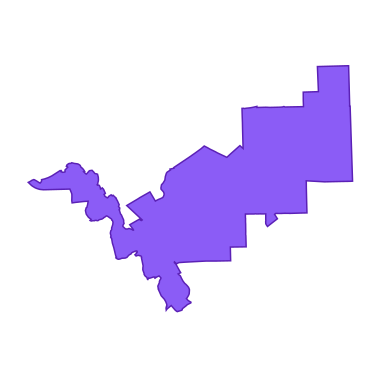 Fundeni, Calarasi, Romania, rotated 357°
{"feature_id": "2599482B18444720984708", "entity_name": "Fundeni", "entity_type": "district", "adm_level": 2, "iso_a3": "ROU", "parent_name": "Romania", "parent_adm1": "Calarasi", "projection": "orthographic", "projection_center": [26.34, 44.401], "detail": "fine", "context": "isolated", "style": "filled", "palette": "violet", "viewbox_px": 384, "rotation_deg": 357, "n_neighbors": 0, "source": "geoboundaries", "source_scale": "gbopen_adm2", "svg_char_len": 5929}
<svg xmlns="http://www.w3.org/2000/svg" viewBox="0 0 384 384"><g transform="rotate(357 192 192)"><path d="M352.9,189.6L354.4,114.6L353.9,114.6L353.9,114.0L354.0,114.0L355.0,74.1L323.8,73.3L323.5,98.4L308.3,98.1L307.9,106.5L307.8,112.6L289.3,112.0L288.4,111.5L287.8,111.5L287.1,111.8L284.7,111.9L274.2,111.6L270.2,111.2L261.3,111.0L261.3,109.9L258.6,110.4L256.6,110.7L254.0,111.0L250.1,111.2L249.6,111.3L249.0,111.4L247.8,111.1L246.3,111.1L246.1,119.5L246.0,125.3L245.8,131.1L245.5,143.1L245.3,151.2L243.4,149.4L242.3,148.2L241.1,149.1L232.7,155.8L228.6,159.2L219.3,154.2L217.6,153.1L212.0,150.0L210.2,148.8L206.6,146.7L203.4,149.2L197.4,153.1L190.7,157.3L175.1,166.6L175.2,167.3L171.2,168.0L171.6,168.9L168.3,170.8L167.4,171.9L166.2,175.1L165.5,178.7L164.9,179.6L163.6,181.5L161.9,183.2L161.2,186.2L161.2,187.0L161.2,187.5L163.5,190.4L164.0,191.9L164.0,193.2L163.4,194.7L162.5,196.0L160.1,197.0L158.0,197.7L154.9,199.1L150.0,189.7L139.4,195.0L137.9,195.9L126.1,202.1L140.8,217.3L140.2,217.8L139.7,217.8L139.2,217.5L138.0,216.4L128.1,221.4L131.2,226.1L131.6,226.9L131.3,227.1L131.2,227.1L129.9,226.2L127.5,225.2L127.1,225.1L125.6,225.6L123.7,225.4L122.7,224.4L121.2,222.8L121.2,222.5L121.2,222.2L121.5,221.4L121.9,220.7L122.5,219.9L122.4,219.2L122.2,218.5L122.3,216.8L122.1,215.8L121.6,214.7L120.3,211.2L120.0,210.8L119.5,210.2L118.9,207.9L118.5,206.0L118.3,205.9L118.6,205.3L118.8,205.4L119.0,204.4L119.0,204.1L117.9,202.7L118.6,200.8L117.8,198.9L117.2,197.2L116.4,195.6L115.6,194.1L115.8,194.0L113.0,191.1L112.1,191.7L111.1,190.6L108.4,192.1L108.2,192.6L107.6,193.3L107.3,193.4L106.9,193.3L104.5,191.4L104.5,190.3L104.4,190.0L104.1,189.7L105.4,188.8L104.7,187.0L104.1,185.3L103.5,184.2L103.0,183.8L102.6,183.2L101.2,184.1L100.8,184.2L100.7,183.1L100.5,182.3L99.8,180.6L99.5,180.4L98.9,180.2L98.2,180.3L98.0,180.2L97.8,180.1L97.7,179.7L98.2,179.2L98.6,177.4L99.0,176.2L99.2,175.1L99.2,172.3L98.6,169.3L97.7,168.9L96.1,168.5L95.7,168.2L95.0,167.0L93.9,165.8L93.6,165.3L93.3,165.1L91.0,165.3L90.6,165.5L90.3,165.7L90.0,166.0L88.1,168.0L87.7,168.4L87.4,168.6L86.4,167.9L85.8,167.0L84.9,166.2L85.9,165.9L85.0,164.2L84.0,162.8L83.4,162.2L82.5,161.5L81.7,159.6L81.3,159.2L80.1,158.3L79.7,158.1L78.7,157.8L75.9,157.3L73.4,156.5L72.5,157.1L71.5,157.0L70.4,157.2L69.9,157.4L69.0,158.2L68.3,159.1L68.2,159.0L67.9,159.8L68.6,160.0L68.8,160.2L69.2,160.7L66.3,163.4L66.3,165.2L66.2,165.3L65.2,165.5L63.9,165.6L63.3,165.5L62.7,164.0L62.5,163.8L62.0,164.5L61.6,163.8L61.4,163.7L52.8,168.6L50.9,169.4L49.0,170.2L47.2,170.7L45.6,171.2L42.4,171.8L42.4,172.9L42.0,173.8L41.5,174.5L40.9,175.0L40.8,174.8L40.2,174.9L39.9,174.7L38.2,173.4L36.2,172.1L35.2,171.5L34.7,171.3L32.8,171.9L30.7,173.1L29.0,173.8L31.3,176.3L32.3,177.3L33.2,178.0L35.4,179.5L36.8,180.2L37.8,180.6L40.0,181.4L41.8,181.7L43.9,182.0L70.2,182.7L71.6,186.7L71.8,187.4L71.9,188.4L71.8,190.5L71.5,194.2L71.5,194.4L71.7,196.6L75.0,196.3L83.7,195.8L87.8,195.8L87.2,198.7L86.2,201.8L86.0,202.0L85.5,202.2L84.6,204.9L84.6,205.0L85.2,208.5L85.4,208.9L87.3,211.9L89.8,214.0L89.6,214.2L88.7,215.1L89.2,215.4L89.9,215.7L91.4,215.5L93.0,215.6L93.2,215.4L94.2,215.3L94.9,215.3L95.5,215.6L96.2,215.7L96.5,215.7L96.9,215.5L97.8,214.9L98.0,214.8L99.0,214.6L100.7,214.3L101.5,213.8L102.0,213.6L102.3,213.3L102.5,213.0L102.7,212.9L102.9,212.8L103.2,212.8L105.1,211.5L105.2,211.4L106.4,211.8L110.2,214.8L110.4,215.8L110.6,215.8L111.1,216.5L111.3,217.2L111.5,218.2L111.4,218.9L111.1,220.5L110.2,222.8L109.9,223.5L109.8,223.9L109.9,224.8L109.7,225.5L108.9,226.4L108.4,228.2L108.3,228.9L108.4,229.7L108.8,231.4L108.6,232.4L108.4,232.8L109.2,234.3L109.3,234.3L109.7,237.7L109.8,238.8L111.0,243.6L112.2,250.2L112.6,252.2L113.2,253.1L112.5,253.7L112.6,253.9L113.1,254.4L114.3,255.1L114.8,255.3L115.1,255.3L116.4,255.2L118.5,254.5L121.8,254.5L123.6,253.9L124.8,252.6L125.4,252.1L126.1,251.4L127.4,250.9L127.7,250.8L128.6,249.6L129.3,249.2L132.3,248.1L133.8,248.0L134.2,248.8L134.1,249.3L133.5,249.6L133.1,250.0L133.3,250.5L131.7,251.7L132.8,253.0L133.9,252.6L135.0,252.5L135.6,252.5L136.6,253.0L137.2,253.0L137.5,253.1L137.7,253.3L138.0,254.0L138.3,254.4L138.0,254.7L139.3,263.1L139.1,264.4L139.0,264.8L138.8,267.2L139.8,270.5L139.9,271.2L139.9,271.9L140.8,273.4L141.1,273.8L142.0,274.5L142.4,274.9L143.0,276.9L143.3,277.1L144.2,275.7L145.3,275.9L149.0,274.9L150.5,275.0L150.4,276.1L150.5,276.2L151.5,275.5L152.6,274.9L154.7,274.1L156.4,276.0L156.5,276.3L156.0,277.5L155.3,278.3L154.9,279.2L154.7,280.0L154.7,280.6L154.6,281.0L154.3,281.5L153.0,284.1L153.0,285.0L153.5,287.1L153.2,287.2L155.0,291.9L155.8,294.0L158.8,297.7L160.1,300.3L160.9,302.8L160.9,304.7L160.5,304.8L160.3,305.8L160.0,306.4L160.1,308.6L160.9,307.6L161.6,307.0L162.9,306.1L165.3,304.3L169.2,309.3L170.4,310.3L171.0,310.7L175.1,309.7L175.9,309.3L176.1,309.1L176.2,308.3L176.4,308.0L176.8,307.7L180.2,305.3L181.5,304.2L185.0,302.7L185.2,302.0L182.7,300.3L181.9,299.5L181.2,298.5L180.9,298.1L181.2,297.9L181.7,297.2L183.0,295.3L183.5,294.3L183.9,293.5L183.9,293.3L184.3,290.0L184.3,289.6L184.3,289.0L183.9,288.0L183.6,287.0L183.1,286.4L182.4,285.4L181.1,283.9L179.9,282.8L179.3,281.9L178.3,280.4L176.8,277.2L176.1,275.4L175.9,275.0L175.1,274.5L173.9,273.1L176.5,272.0L175.4,269.9L172.3,263.5L172.0,262.9L170.8,261.8L170.7,261.6L170.7,261.1L170.8,260.9L171.7,261.7L172.8,262.9L175.0,261.9L175.6,261.8L181.4,261.7L202.1,261.7L208.5,262.0L212.2,262.2L227.0,262.7L227.4,249.0L243.2,249.6L243.3,246.1L243.5,238.4L243.4,237.2L243.6,234.2L243.9,226.9L243.9,224.5L244.1,221.2L244.0,220.2L244.2,216.8L252.8,217.2L254.5,217.1L255.3,217.3L258.9,217.4L259.3,217.3L259.5,217.4L259.6,217.5L260.0,217.5L264.5,217.7L264.2,223.0L264.2,224.8L264.0,225.4L264.0,226.0L264.0,227.6L264.7,229.0L265.6,230.4L275.9,223.2L273.3,218.6L274.5,217.8L280.0,218.1L283.1,218.1L289.3,218.5L299.1,218.7L305.7,218.9L306.0,207.7L306.4,193.8L306.7,186.8L325.0,188.8L328.6,188.9L341.6,189.3L350.2,189.6L352.9,189.6Z" fill="#8b5cf6" stroke="#5b21b6" stroke-width="1.5"/></g></svg>